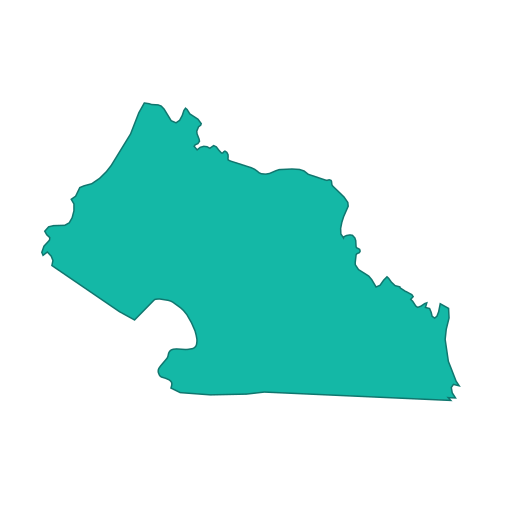 the border of Grand Gedeh, rotated 5°
{"feature_id": "LBR-793", "entity_name": "Grand Gedeh", "entity_type": "County", "adm_level": 1, "iso_a3": "LBR", "parent_name": "Liberia", "parent_adm1": "", "projection": "albers", "projection_center": [-8.193, 5.975], "detail": "fine", "context": "isolated", "style": "filled", "palette": "teal", "viewbox_px": 512, "rotation_deg": 5, "n_neighbors": 0, "source": "natural_earth", "source_scale": "10m", "svg_char_len": 2820}
<svg xmlns="http://www.w3.org/2000/svg" viewBox="0 0 512 512"><g transform="rotate(5 256 256)"><path d="M131.5,113.3L136.1,113.6L138.8,114.2L145.3,114.0L148.5,114.9L151.6,117.6L159.7,128.6L164.7,130.3L168.1,127.5L170.3,122.4L171.5,117.3L172.9,114.9L174.6,116.1L177.7,120.2L186.3,124.8L189.9,128.9L189.5,130.5L187.5,132.3L186.1,136.8L186.6,139.4L189.1,144.5L189.7,146.6L188.3,149.1L185.8,150.5L184.8,152.1L188.1,155.4L191.0,152.6L194.4,151.3L197.7,151.4L200.6,152.7L204.2,149.7L207.0,150.8L209.7,153.8L212.6,156.4L213.9,156.3L214.8,155.0L215.9,154.2L217.9,155.3L219.3,157.5L219.6,159.8L219.6,161.6L220.0,162.8L222.5,163.7L243.7,168.5L247.0,169.7L250.0,171.5L251.8,172.8L254.1,173.6L258.5,173.6L262.3,172.6L268.4,169.3L271.6,167.9L284.3,166.2L291.8,166.0L296.5,167.1L301.0,170.1L318.6,174.3L320.1,174.5L321.3,174.0L322.5,173.7L324.2,174.2L324.7,175.1L325.4,178.4L326.4,179.7L338.5,189.5L342.8,194.7L343.5,198.4L339.9,209.0L338.6,214.8L337.9,221.1L338.6,226.6L341.6,230.4L341.8,229.2L344.4,227.7L347.8,226.8L350.3,227.0L352.9,229.4L354.0,232.0L354.9,238.2L355.8,239.2L357.3,239.7L358.7,240.4L359.3,242.1L358.7,243.6L356.2,245.0L355.6,246.2L355.4,254.1L355.7,256.1L359.3,260.6L370.1,266.2L373.4,269.5L378.3,276.4L382.1,274.4L385.3,268.9L388.3,265.3L390.1,266.7L393.1,270.2L397.1,273.4L402.0,274.2L402.4,275.2L408.1,278.3L408.8,278.4L414.7,281.0L416.1,282.8L413.9,285.7L416.0,287.4L419.6,292.0L421.6,293.1L424.8,291.5L428.2,288.7L430.2,287.8L429.3,292.5L433.5,293.2L435.4,296.8L436.7,300.7L439.4,302.3L441.5,300.2L442.8,295.7L443.7,287.5L452.4,291.4L453.7,300.9L451.9,312.5L451.7,322.6L456.8,344.2L460.4,351.4L466.2,363.2L469.7,367.6L463.9,366.7L462.0,370.0L463.4,375.2L467.1,380.0L461.6,380.3L459.8,380.3L462.6,382.9L276.2,390.8L258.5,394.4L222.6,398.3L192.4,398.7L182.8,395.0L183.3,392.1L183.3,391.0L183.2,390.0L182.7,389.0L181.8,388.0L180.4,387.0L176.6,385.7L172.3,384.8L171.1,384.1L170.1,383.0L168.9,380.7L168.6,379.3L168.6,378.0L168.9,376.8L169.4,375.7L170.6,373.7L176.3,365.6L176.7,364.6L177.0,363.7L177.4,360.7L177.7,359.7L178.2,358.7L178.8,357.8L179.7,357.0L180.7,356.5L181.7,356.1L183.8,355.7L185.0,355.5L193.9,355.3L196.2,355.0L200.8,353.8L201.8,353.3L202.7,352.6L203.4,351.8L204.0,350.9L204.3,350.0L204.5,349.0L204.6,346.0L204.4,344.1L203.3,340.1L201.8,335.9L197.6,328.2L192.3,320.5L188.5,316.6L185.4,314.2L176.9,309.1L174.8,308.3L172.3,307.8L163.6,307.2L160.9,307.6L159.0,308.1L158.2,308.9L140.6,330.3L124.9,323.4L53.5,283.3L54.1,278.2L52.0,274.0L47.8,270.2L43.8,273.9L42.3,271.0L43.9,264.7L48.9,258.2L49.0,255.7L45.7,253.1L43.4,249.7L46.9,245.0L51.7,243.4L62.8,242.1L67.1,239.2L69.5,233.9L70.7,226.8L70.1,220.0L67.0,215.6L71.1,212.2L74.5,203.2L78.5,201.1L86.1,198.3L93.4,192.3L99.6,185.0L103.9,178.4L120.4,145.4L126.8,123.5L131.4,113.3L131.5,113.3Z" fill="#14b8a6" stroke="#0f766e" stroke-width="1.5"/></g></svg>